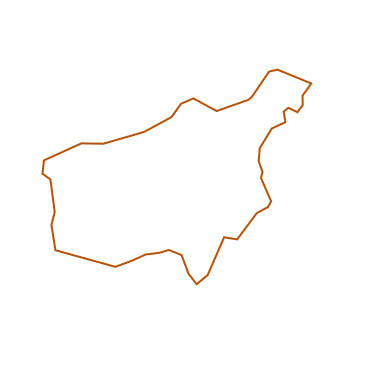 Gaya, Dosso, Niger (Natural Earth projection), rotated 251°
{"feature_id": "23599985B94426243670688", "entity_name": "Gaya", "entity_type": "district", "adm_level": 2, "iso_a3": "NER", "parent_name": "Niger", "parent_adm1": "Dosso", "projection": "natural_earth1", "projection_center": [3.47, 12.051], "detail": "fine", "context": "isolated", "style": "outline", "palette": "amber", "viewbox_px": 384, "rotation_deg": 251, "n_neighbors": 0, "source": "geoboundaries", "source_scale": "gbopen_adm2", "svg_char_len": 698}
<svg xmlns="http://www.w3.org/2000/svg" viewBox="0 0 384 384"><g transform="rotate(251 192 192)"><path d="M103.3,166.3L108.4,179.8L138.7,207.6L132.5,219.3L150.9,246.3L153.1,258.9L157.4,263.8L183.0,261.8L187.9,265.2L199.5,265.1L211.3,270.3L226.1,288.1L227.6,303.0L238.2,304.9L240.3,310.4L233.1,317.8L238.2,325.0L247.1,327.9L255.8,340.1L279.9,312.6L280.7,304.0L262.8,280.1L260.8,275.7L260.5,241.7L280.0,223.8L279.0,210.4L269.5,197.0L264.4,166.4L266.5,123.9L274.0,103.2L270.1,62.3L258.0,56.6L250.0,62.2L217.8,55.7L206.7,48.4L181.4,43.9L161.5,72.9L146.2,95.2L146.6,113.2L148.0,127.8L145.1,141.4L144.7,151.3L135.8,161.6L115.9,162.1L103.3,166.3Z" fill="none" stroke="#b45309" stroke-width="2"/></g></svg>